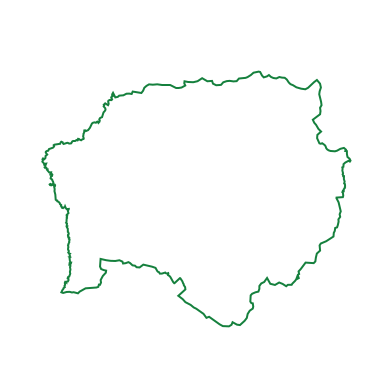 Kono, Eastern, Sierra Leone (orthographic projection), rotated 188°
{"feature_id": "65957751B39294828597109", "entity_name": "Kono", "entity_type": "district", "adm_level": 2, "iso_a3": "SLE", "parent_name": "Sierra Leone", "parent_adm1": "Eastern", "projection": "orthographic", "projection_center": [-10.815, 8.706], "detail": "fine", "context": "isolated", "style": "outline", "palette": "green", "viewbox_px": 384, "rotation_deg": 188, "n_neighbors": 0, "source": "geoboundaries", "source_scale": "gbopen_adm2", "svg_char_len": 5988}
<svg xmlns="http://www.w3.org/2000/svg" viewBox="0 0 384 384"><g transform="rotate(188 192 192)"><path d="M281.1,275.0L284.0,279.2L284.6,277.7L284.6,276.7L284.0,275.7L285.2,274.5L284.8,273.6L284.0,272.7L284.5,271.8L286.5,271.6L287.5,270.8L287.6,269.7L286.9,268.2L286.9,267.1L287.2,266.3L290.3,267.7L291.5,266.1L291.0,265.6L291.4,264.5L289.5,262.8L289.1,261.4L289.6,260.1L290.7,258.5L291.5,253.6L293.2,252.6L293.7,251.7L293.9,250.9L293.3,250.0L293.4,248.7L294.3,247.4L295.2,248.6L295.9,248.3L296.8,247.2L298.2,247.4L299.7,246.8L300.6,245.9L302.0,241.4L303.5,238.8L305.5,237.6L306.3,238.2L307.2,238.0L307.1,235.8L307.6,234.4L307.4,233.4L307.6,232.1L306.7,230.1L306.8,229.4L307.9,228.9L309.0,227.8L310.5,228.2L311.4,228.8L312.2,228.8L312.3,227.3L312.7,227.1L313.6,227.4L314.9,226.2L316.8,226.0L317.6,225.4L318.4,223.4L319.6,223.0L320.5,222.9L321.9,223.4L322.5,223.3L325.8,221.7L326.4,222.1L327.0,223.2L328.4,223.6L328.9,223.0L329.3,221.4L334.9,219.7L335.5,219.1L334.9,218.1L335.2,217.4L335.9,216.5L339.6,214.6L340.1,212.9L341.3,212.5L342.3,211.6L342.4,211.0L341.9,210.2L340.6,208.9L342.0,207.4L341.9,205.2L342.8,203.9L343.3,203.5L344.2,204.4L344.6,203.6L344.0,203.0L344.4,201.2L342.8,199.9L342.1,198.5L341.1,199.6L340.4,199.8L340.9,197.8L340.7,196.5L341.3,195.9L340.9,195.5L340.0,195.8L339.4,195.5L338.9,194.1L338.1,194.3L337.9,193.1L336.1,191.5L334.2,191.9L334.2,191.1L334.6,190.6L334.7,189.8L333.2,190.2L332.7,189.7L332.9,188.4L333.7,188.3L333.8,188.0L333.9,185.7L332.2,184.9L331.9,183.9L331.1,183.1L330.5,181.6L331.0,180.3L332.2,179.9L333.4,180.3L334.0,179.7L333.5,179.1L332.3,179.0L331.0,179.8L330.3,179.6L329.8,179.1L329.1,179.4L328.8,180.0L328.5,179.7L328.6,178.5L329.1,178.0L329.1,177.6L328.4,175.8L328.3,173.7L327.0,170.5L325.9,165.4L325.0,164.8L324.3,164.8L324.0,164.0L322.8,163.7L321.5,162.7L321.1,161.7L319.8,161.0L319.9,160.0L319.0,159.5L318.9,158.6L318.6,158.3L317.5,158.1L317.0,158.8L315.9,159.2L315.7,160.1L314.9,158.7L313.7,157.6L311.7,158.1L311.7,157.5L312.4,156.2L311.4,153.9L312.8,152.0L312.4,151.5L312.8,151.1L312.3,150.2L312.6,149.6L312.1,148.9L312.4,148.1L312.1,144.6L312.4,144.0L311.4,143.3L311.4,140.7L310.7,140.7L310.9,139.5L309.9,138.4L309.4,135.2L308.8,134.8L308.2,133.4L308.5,132.8L308.5,132.0L308.8,132.0L308.8,131.6L308.1,129.7L307.8,129.6L307.6,130.0L307.0,129.4L307.3,128.3L306.6,127.7L306.8,125.8L306.5,125.3L307.2,123.2L307.0,122.6L307.4,122.0L306.7,120.2L306.9,119.4L306.7,117.6L305.9,116.8L305.7,115.6L306.1,114.8L305.3,114.1L304.4,113.9L304.8,113.4L304.1,112.1L304.2,111.2L303.7,110.8L304.3,110.5L303.8,110.2L304.0,109.3L303.3,106.7L302.4,105.1L301.9,105.2L302.0,104.5L303.3,104.5L303.3,102.9L302.5,103.0L302.2,102.3L302.1,101.5L302.4,100.8L301.6,98.3L301.8,95.8L301.2,94.2L301.8,91.3L302.2,91.1L302.5,90.2L303.0,90.2L303.1,89.1L302.3,88.8L302.0,87.5L302.5,86.1L304.3,85.6L304.0,84.8L305.1,85.2L305.3,84.2L304.7,82.4L305.2,81.5L305.1,80.7L304.7,80.1L305.9,78.8L305.9,78.1L306.7,76.8L307.4,74.5L305.6,74.1L302.1,75.6L299.2,76.1L296.9,75.8L295.3,76.3L290.8,75.8L289.4,77.7L284.0,81.8L273.4,84.1L271.6,85.0L271.3,87.3L270.2,87.3L269.5,89.6L270.2,92.1L268.6,96.5L266.1,100.1L266.1,102.2L268.6,102.4L271.3,103.1L272.7,105.4L273.2,113.0L267.5,112.5L263.2,112.5L258.4,113.0L254.4,114.3L251.2,113.4L250.3,111.6L247.8,112.3L245.2,113.7L243.4,113.0L240.7,111.1L238.2,111.1L236.4,109.8L233.4,110.0L230.1,113.3L221.2,112.5L217.6,111.8L215.4,108.9L214.7,108.3L213.5,108.0L212.5,106.7L210.5,107.0L207.3,108.5L206.7,108.0L205.4,107.7L204.3,108.4L204.1,108.1L204.2,106.4L202.5,105.6L201.6,104.8L198.1,100.2L196.9,99.2L196.7,99.2L192.0,105.0L191.6,105.0L189.1,102.2L188.0,100.2L187.4,99.6L187.1,98.5L185.6,96.9L185.0,94.6L191.1,87.3L186.3,84.6L183.2,82.0L177.6,80.0L174.2,77.9L171.5,77.0L163.6,72.9L160.2,69.4L157.7,70.8L146.2,64.8L142.8,63.5L136.7,64.1L134.4,66.0L133.7,68.7L129.0,66.9L126.0,66.9L122.0,71.7L120.2,74.9L119.9,79.0L118.3,82.5L115.6,85.0L115.4,87.0L116.3,90.2L117.7,90.2L119.0,91.6L119.5,97.8L118.3,99.6L115.2,101.5L112.4,102.6L111.8,105.4L112.2,108.3L110.7,111.1L108.0,112.9L105.7,117.3L101.7,112.0L96.9,111.5L93.1,114.5L89.5,113.6L85.6,111.8L84.2,113.4L80.4,114.0L79.9,115.2L77.5,118.4L76.8,119.8L74.3,121.6L75.0,123.0L76.3,121.6L75.6,124.8L74.5,125.7L75.4,128.2L73.6,130.8L69.7,137.9L61.6,138.5L60.2,140.4L60.2,144.3L59.8,148.4L57.0,151.8L58.2,156.9L57.3,158.9L52.3,161.9L45.7,167.6L45.9,171.3L45.2,173.3L45.2,176.3L43.4,177.2L43.0,179.5L42.7,183.0L43.2,185.3L41.8,188.0L42.7,190.5L42.0,193.5L45.4,202.2L48.1,206.0L48.1,206.6L41.9,207.9L41.7,209.3L42.4,212.1L43.1,212.7L42.8,214.1L41.9,214.0L42.1,215.8L41.1,217.5L41.4,217.9L41.2,219.1L41.7,221.2L42.5,221.6L42.3,223.6L43.4,225.9L43.7,228.8L44.5,228.7L44.8,229.8L45.3,230.4L45.0,231.5L46.1,234.2L46.1,236.0L46.6,237.3L45.6,238.0L45.8,240.7L44.3,242.5L41.3,244.7L39.9,244.1L39.4,245.1L40.6,246.9L42.9,248.3L43.9,251.2L44.3,254.0L45.9,254.0L45.5,255.4L47.7,256.8L51.1,255.4L54.1,253.1L56.1,252.2L60.6,251.9L62.6,252.3L64.2,253.1L65.2,254.1L66.1,255.9L67.2,257.0L69.9,258.4L71.1,257.7L72.6,257.9L75.6,262.7L75.8,266.0L72.6,269.8L75.6,272.1L78.5,275.8L80.6,277.6L82.4,280.4L76.0,286.8L76.0,290.0L76.9,293.2L75.8,296.0L76.7,299.2L79.6,306.5L79.6,309.5L78.9,313.4L80.3,317.1L83.9,320.3L86.4,317.8L91.6,311.3L94.1,309.5L98.2,309.5L103.2,310.2L106.8,311.8L109.5,312.5L111.4,313.9L113.8,316.6L116.1,318.0L118.8,317.8L121.5,318.0L124.3,316.2L127.2,316.2L129.7,316.9L132.1,318.5L133.9,316.9L136.9,315.5L138.9,317.1L141.2,320.3L142.7,320.5L147.7,318.7L150.0,316.0L153.0,313.5L154.8,312.5L161.3,310.9L163.2,308.0L166.3,307.3L170.2,307.3L173.1,306.6L176.3,305.0L178.1,302.2L179.5,301.8L182.9,301.1L186.3,302.2L187.6,304.8L192.2,303.8L197.8,306.1L201.9,302.5L206.0,300.9L211.2,300.4L214.8,300.6L214.8,298.6L213.5,296.5L216.9,294.0L219.8,293.1L222.3,292.8L228.4,294.9L236.6,293.8L241.4,293.8L245.7,292.8L249.5,292.6L251.8,290.8L253.7,288.6L254.5,285.5L255.9,283.0L264.7,283.2L265.4,280.7L267.9,280.7L270.6,280.2L273.4,278.2L277.5,277.3L278.7,275.9L281.1,275.0Z" fill="none" stroke="#15803d" stroke-width="2"/></g></svg>